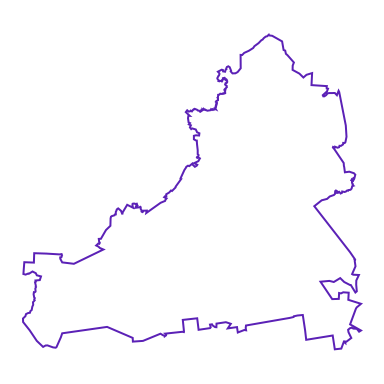 Launkalnes pag., Smiltenes, Latvia (orthographic projection)
{"feature_id": "27541924B40793985914328", "entity_name": "Launkalnes pag.", "entity_type": "district", "adm_level": 2, "iso_a3": "LVA", "parent_name": "Latvia", "parent_adm1": "Smiltenes", "projection": "orthographic", "projection_center": [25.917, 57.363], "detail": "fine", "context": "isolated", "style": "outline", "palette": "violet", "viewbox_px": 384, "rotation_deg": 0, "n_neighbors": 0, "source": "geoboundaries", "source_scale": "gbopen_adm2", "svg_char_len": 5917}
<svg xmlns="http://www.w3.org/2000/svg" viewBox="0 0 384 384"><path d="M268.8,34.7L267.1,36.3L265.7,36.6L263.7,38.2L262.6,39.6L261.4,40.2L258.6,43.1L254.4,46.2L253.2,48.0L248.8,50.8L244.2,52.9L242.2,55.0L240.6,54.9L240.7,68.3L237.6,72.1L235.4,73.3L232.5,73.4L230.7,71.4L231.1,70.8L229.7,67.2L228.3,66.3L226.9,67.0L226.3,68.3L226.4,69.2L225.7,69.5L225.1,71.7L223.1,71.4L222.9,70.0L221.7,69.7L217.9,71.7L219.2,73.1L219.5,73.9L218.9,75.6L218.5,75.8L217.3,78.2L217.8,79.5L218.9,80.5L218.6,81.1L219.5,81.3L220.0,80.9L221.4,81.0L221.9,81.4L222.4,80.7L222.1,80.0L223.4,79.1L222.9,78.6L222.9,78.2L224.6,77.8L224.9,78.2L224.9,79.1L225.4,79.8L226.3,79.3L226.7,79.7L226.9,80.3L226.7,80.9L227.2,81.2L227.2,82.1L226.6,83.0L225.7,83.1L225.7,83.6L225.1,84.2L225.1,84.6L226.8,86.1L226.6,86.7L226.8,87.2L226.1,87.8L225.7,88.8L225.1,88.8L224.4,89.6L224.5,90.2L225.3,90.2L225.0,92.1L224.5,92.6L225.2,92.9L225.2,93.2L223.5,93.8L222.7,93.5L222.1,94.0L220.2,93.7L219.4,94.6L218.2,94.8L218.3,95.4L218.0,96.0L218.0,97.0L217.5,97.7L218.0,98.2L218.0,100.2L216.6,100.9L217.0,101.8L216.4,101.2L216.0,101.7L216.4,101.9L216.3,102.4L216.9,102.7L216.9,103.6L216.2,104.1L216.5,104.7L216.0,104.9L215.8,105.5L216.1,106.2L216.0,107.0L215.5,107.2L215.7,107.7L215.4,108.4L215.9,109.3L214.9,108.8L215.0,109.3L214.3,109.6L213.5,109.3L213.0,109.8L212.4,109.2L212.0,109.5L212.2,109.9L211.7,109.9L211.4,109.9L211.6,109.6L211.1,109.2L210.6,110.2L207.3,110.7L205.4,109.7L205.3,110.0L204.6,109.8L204.0,109.2L203.8,109.6L203.4,109.8L203.2,109.2L202.5,110.1L202.1,109.5L202.0,109.9L201.7,109.9L201.8,110.3L201.0,110.6L201.0,111.3L200.2,111.8L198.9,110.6L197.8,110.5L197.1,109.8L194.6,108.8L193.6,109.3L193.3,109.6L193.6,109.7L192.8,110.2L191.9,111.4L190.7,110.7L190.4,111.2L188.7,111.6L187.2,110.3L185.8,112.1L189.7,115.8L188.4,115.7L188.0,118.2L188.6,122.4L190.0,123.1L188.9,124.4L190.9,125.3L189.9,127.4L191.2,129.1L192.1,128.4L195.8,129.5L197.1,132.3L199.4,133.3L199.1,135.5L195.9,135.3L193.9,135.8L193.9,139.3L196.2,140.6L196.8,140.6L197.0,144.0L197.7,150.2L197.7,154.2L198.6,155.1L198.2,156.5L197.8,157.0L197.2,156.9L196.9,157.4L197.3,157.9L198.2,157.4L199.9,158.4L198.3,161.2L194.2,163.1L197.3,164.8L196.7,165.7L194.9,166.8L192.7,164.7L192.3,163.6L189.3,166.1L188.0,165.7L186.3,166.8L186.0,167.6L184.4,170.0L180.4,178.7L180.6,179.4L180.9,179.4L175.6,186.7L175.6,187.4L172.0,191.0L171.0,190.5L169.2,192.5L166.2,194.3L166.3,196.1L165.1,196.2L164.2,197.2L166.6,198.4L165.5,199.7L165.1,200.9L160.6,202.8L146.3,213.0L146.8,210.6L143.4,210.7L143.0,211.7L142.3,212.1L141.5,211.5L141.5,210.1L140.7,209.0L140.7,207.2L140.3,206.8L139.4,207.3L135.4,207.8L136.1,206.2L137.3,205.6L136.7,205.0L137.1,204.5L136.8,203.7L135.5,204.1L134.7,203.6L133.0,203.6L132.5,204.0L132.5,205.5L133.0,207.7L127.2,204.8L122.6,212.5L122.4,214.4L121.0,210.8L118.2,208.4L117.5,208.8L116.7,209.6L116.6,210.3L115.8,211.9L115.8,214.4L114.8,214.5L114.5,215.3L111.8,216.1L111.0,216.7L110.6,218.3L110.4,225.8L106.0,230.0L100.9,238.8L98.8,238.9L99.1,241.5L99.8,242.8L99.6,243.3L99.3,243.8L98.3,243.5L96.2,245.5L98.4,246.6L99.9,248.0L103.4,249.5L73.9,263.8L62.2,262.4L60.3,258.8L60.2,257.4L61.4,257.2L61.7,256.5L61.7,255.5L62.0,255.2L61.6,254.1L59.5,254.4L46.4,253.6L34.2,253.2L33.9,262.6L24.3,262.2L23.4,274.0L25.6,274.6L28.3,273.5L28.8,273.8L32.5,271.5L35.8,273.2L36.8,275.3L41.0,276.4L39.8,280.1L35.5,280.5L35.8,281.7L35.0,282.2L35.8,285.4L35.7,286.7L36.0,287.0L35.3,288.7L35.6,291.3L35.4,291.8L34.6,292.3L33.9,292.2L33.6,294.3L34.2,297.4L34.8,298.1L34.2,299.3L34.7,300.3L33.0,302.2L33.2,304.8L32.3,306.7L31.7,310.0L30.4,311.1L29.9,312.8L28.2,313.0L26.0,314.1L25.4,316.2L23.0,318.5L23.1,322.0L29.6,330.2L36.8,340.9L43.1,346.9L45.6,345.5L47.5,345.4L53.1,347.4L55.7,347.7L56.5,347.1L60.9,337.2L62.2,333.3L107.1,326.9L132.7,337.9L132.9,341.6L143.0,340.9L160.5,333.7L163.1,335.3L164.4,335.5L164.6,336.4L166.0,335.4L165.8,334.8L166.3,334.2L165.5,333.6L182.3,331.8L183.9,332.1L184.0,331.7L182.8,319.9L197.2,318.3L198.6,329.8L210.1,328.1L210.7,327.3L210.0,324.6L212.0,324.3L212.7,325.5L215.1,327.1L216.4,327.2L216.5,323.6L225.9,322.2L230.8,323.8L227.8,328.4L237.0,327.1L237.8,332.5L244.3,330.0L246.1,330.3L245.7,328.0L246.0,325.5L289.8,317.9L293.6,317.0L293.8,316.3L297.5,315.5L302.8,315.0L305.1,330.3L306.2,339.8L332.7,335.5L334.8,349.3L341.3,348.6L343.8,341.8L345.3,343.0L345.1,341.5L346.4,341.7L351.3,338.0L348.5,332.2L348.1,329.8L349.8,328.3L351.6,327.7L353.4,328.6L356.8,328.8L359.1,331.7L361.0,330.5L350.1,324.4L355.9,308.7L356.7,307.4L361.0,303.8L348.3,299.8L348.7,292.7L343.2,292.3L341.0,293.4L339.1,293.0L338.8,298.9L332.2,299.1L320.5,281.7L329.4,280.9L333.8,282.0L340.2,278.1L344.2,282.0L350.0,285.0L350.8,285.0L355.4,292.5L356.8,291.3L356.2,284.7L356.3,280.5L358.9,275.0L353.2,274.7L352.1,274.1L355.5,266.3L354.7,260.8L355.0,260.3L354.5,259.4L354.9,259.2L350.0,252.1L314.3,206.2L321.7,200.3L327.1,198.9L329.7,196.5L333.9,195.0L335.0,193.9L335.2,191.1L335.9,190.5L337.5,191.5L337.0,192.9L337.9,192.9L339.3,191.9L340.6,193.5L342.0,192.8L342.2,191.5L344.6,192.0L346.0,191.5L346.9,190.6L348.1,190.7L348.3,190.1L350.5,189.8L351.6,188.6L352.2,186.2L353.3,185.8L353.0,185.6L353.1,185.0L352.5,184.2L352.6,183.5L352.0,182.9L352.0,181.3L353.0,181.0L353.0,180.5L351.4,180.2L352.0,179.0L353.9,179.5L354.2,178.8L353.8,177.9L354.5,177.8L355.3,174.7L353.9,173.2L349.3,171.7L344.9,172.3L344.2,167.0L343.9,165.9L343.7,163.0L334.1,148.8L332.9,147.5L333.1,146.9L334.9,147.6L335.2,147.4L335.2,146.8L337.6,147.7L339.1,147.2L339.5,145.8L340.9,145.9L343.1,144.4L343.2,142.9L344.7,143.0L345.4,142.2L346.5,136.8L345.8,125.5L339.2,92.0L338.6,90.8L336.9,95.2L334.8,93.0L328.9,93.1L327.5,93.4L326.2,95.1L324.4,96.3L323.3,96.3L322.8,95.2L327.0,91.4L328.0,88.7L326.7,88.4L326.6,86.8L326.8,86.1L311.5,85.1L312.1,73.1L306.5,74.8L303.4,77.5L299.4,73.6L292.6,69.9L292.7,65.6L293.9,62.5L287.4,55.1L285.9,53.8L285.2,50.6L283.6,50.0L282.1,41.4L272.2,35.8L269.1,35.4L268.8,34.7Z" fill="none" stroke="#5b21b6" stroke-width="2"/></svg>